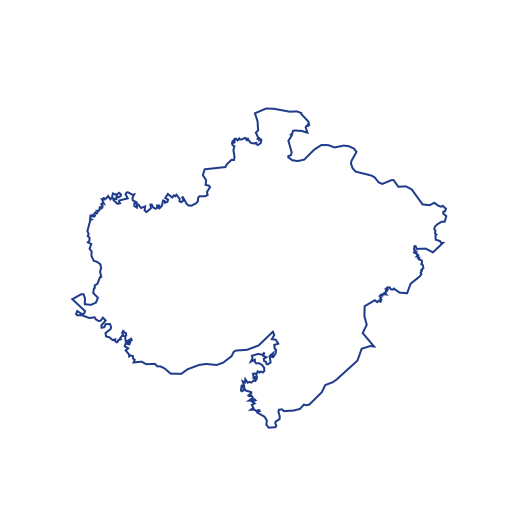 Si Songkhram, Nakhon Phanom, Thailand, rotated 317°
{"feature_id": "78962969B490988164886", "entity_name": "Si Songkhram", "entity_type": "district", "adm_level": 2, "iso_a3": "THA", "parent_name": "Thailand", "parent_adm1": "Nakhon Phanom", "projection": "albers", "projection_center": [104.23, 17.647], "detail": "fine", "context": "isolated", "style": "outline", "palette": "blue", "viewbox_px": 512, "rotation_deg": 317, "n_neighbors": 0, "source": "geoboundaries", "source_scale": "gbopen_adm2", "svg_char_len": 6127}
<svg xmlns="http://www.w3.org/2000/svg" viewBox="0 0 512 512"><g transform="rotate(317 256 256)"><path d="M93.9,250.4L100.2,255.2L102.0,260.3L108.5,266.0L108.6,269.4L110.7,271.4L112.4,275.6L113.4,283.9L121.0,291.2L128.8,292.2L140.1,296.9L145.9,300.9L152.8,308.8L159.1,311.6L169.9,312.6L174.2,310.9L176.6,311.3L185.5,318.5L196.9,323.2L216.7,322.9L215.5,326.2L210.9,327.6L213.4,330.9L212.5,335.3L208.7,333.5L206.6,336.3L206.7,338.3L203.8,340.7L199.5,341.7L198.7,340.5L202.0,338.7L197.7,338.5L194.1,343.8L190.8,343.3L190.0,342.1L191.1,340.4L190.3,338.4L191.7,336.4L194.5,337.1L193.2,333.8L196.4,332.3L193.3,332.6L190.8,329.1L185.0,326.2L183.7,328.5L180.1,329.7L184.4,331.1L183.0,332.7L182.9,334.6L185.2,336.7L186.1,340.0L185.7,343.5L183.5,345.8L181.6,345.9L180.7,343.7L179.1,343.7L178.6,341.5L175.3,343.0L175.1,341.2L173.5,340.0L171.6,343.1L174.3,344.8L173.4,345.8L171.2,344.3L171.8,346.6L170.2,346.9L169.6,345.5L166.2,345.3L165.2,343.5L163.5,343.0L164.2,338.8L161.6,340.9L160.8,338.5L158.7,343.1L157.4,342.8L157.8,341.4L157.1,341.0L153.3,344.1L153.3,345.2L155.1,345.8L157.5,343.8L156.8,347.5L159.6,352.2L159.2,353.0L155.2,352.9L155.5,354.1L157.5,355.0L156.9,357.6L152.3,357.0L155.5,359.6L157.2,359.8L157.2,361.2L153.8,359.7L154.5,362.9L151.4,362.0L150.4,365.4L147.4,364.9L150.1,367.4L150.4,369.3L153.3,370.8L153.0,371.9L151.1,370.7L150.1,371.3L152.6,379.3L151.8,383.6L148.5,386.5L148.2,390.2L153.4,394.4L155.2,393.9L156.0,391.3L157.6,390.5L161.9,391.4L164.1,389.3L166.4,384.9L168.0,384.1L170.4,385.9L170.6,388.5L178.0,394.6L183.8,397.8L189.8,397.3L190.6,399.1L193.5,401.0L211.2,400.5L218.7,397.6L225.8,400.6L230.7,401.3L258.8,401.7L270.0,395.9L278.2,399.8L280.6,402.7L281.5,385.1L290.1,381.8L294.2,374.0L301.2,366.8L312.8,369.4L313.1,372.4L315.1,372.4L315.9,374.4L317.9,373.5L317.5,372.0L319.3,371.7L319.1,369.7L321.0,369.6L321.6,371.1L322.6,370.3L325.0,372.9L324.9,370.6L326.7,371.1L327.9,369.2L328.3,370.6L329.6,370.4L329.7,368.6L330.6,368.5L332.3,370.0L332.0,372.5L333.3,374.0L334.6,373.8L336.0,380.7L341.1,386.3L350.2,381.7L361.7,382.6L364.5,382.1L364.9,380.6L367.2,380.0L367.1,379.0L370.2,379.0L371.8,376.3L371.4,374.5L372.9,374.2L374.2,372.2L372.8,369.4L374.2,368.6L373.2,367.6L374.7,366.5L373.5,365.8L375.2,365.4L374.8,363.5L375.8,362.7L374.5,362.6L373.9,361.2L376.2,360.5L375.9,359.1L378.5,356.9L379.4,357.5L378.5,360.5L385.1,366.3L387.9,374.0L401.7,373.9L400.4,372.6L400.7,370.5L398.6,366.6L401.4,363.3L402.5,363.3L402.4,361.5L404.5,359.8L404.8,357.8L406.6,356.6L410.4,356.5L415.0,357.5L417.4,359.6L422.4,356.6L421.8,353.0L423.1,351.4L424.8,352.2L427.2,351.0L426.7,346.6L425.1,346.3L423.6,343.6L422.7,338.7L417.7,337.3L413.0,331.9L415.3,313.6L413.2,307.4L407.3,302.4L408.4,294.4L407.0,293.0L397.5,289.4L395.9,285.9L396.4,279.5L395.4,276.1L386.4,262.2L386.5,257.8L388.4,253.3L390.6,251.6L400.5,248.4L400.9,244.3L398.7,238.9L395.5,235.1L387.5,230.2L384.5,224.2L379.4,219.4L371.2,217.9L357.0,218.4L351.4,215.1L347.8,210.7L346.9,205.8L347.7,205.0L350.3,206.1L352.8,204.5L358.3,193.8L364.3,192.3L364.2,191.0L365.9,191.3L368.3,189.7L369.8,190.5L374.7,195.7L377.7,200.9L380.1,195.7L381.8,195.3L382.8,196.4L383.7,195.4L384.4,196.2L386.0,193.4L385.9,183.2L386.6,182.3L384.4,178.0L379.0,173.4L369.7,160.8L364.1,155.1L352.5,150.9L349.1,158.4L343.3,165.5L340.0,165.7L338.4,170.6L337.2,171.4L338.6,172.1L337.4,173.5L338.9,173.7L339.1,174.8L336.4,176.7L333.2,176.2L332.5,174.5L333.4,173.5L330.8,171.9L329.2,169.2L329.7,166.7L328.8,165.6L330.0,164.7L329.1,163.7L328.4,164.2L328.5,162.1L324.9,160.9L323.7,159.9L323.9,158.6L321.4,158.9L321.4,156.8L320.0,156.7L320.1,155.8L318.4,156.1L318.1,158.1L317.1,158.1L316.7,156.4L315.5,157.0L314.5,158.8L315.0,161.0L311.7,163.2L307.7,169.1L305.3,170.8L303.7,169.0L297.3,169.0L294.3,170.1L277.6,157.6L272.3,160.6L271.2,166.5L267.6,169.7L269.6,172.5L269.3,174.3L263.8,175.7L262.2,178.4L259.7,177.7L255.3,173.7L253.3,174.1L250.7,176.4L247.8,176.5L243.2,175.2L241.2,173.3L240.8,170.7L242.6,163.1L242.0,162.9L241.0,166.1L237.9,165.5L237.4,163.8L239.1,162.2L239.6,156.9L237.7,157.2L237.3,155.6L234.6,156.1L233.9,150.5L229.2,151.7L230.1,154.8L228.3,156.0L225.8,155.0L226.7,153.3L225.9,152.0L221.5,155.1L217.8,155.3L217.5,154.0L219.5,153.0L218.1,151.6L216.9,153.3L215.0,153.2L213.9,150.7L214.8,147.2L213.9,146.4L211.7,149.4L205.9,149.2L205.6,146.7L208.7,144.1L204.7,142.5L205.0,138.0L204.0,137.4L201.9,139.4L201.1,136.4L202.9,134.6L204.3,135.9L205.3,135.5L203.9,131.2L205.2,129.3L208.9,127.9L207.5,127.2L205.8,122.1L204.6,121.3L202.7,121.9L201.5,126.4L194.0,122.2L193.1,122.5L192.5,124.7L190.3,123.4L189.9,117.8L190.8,116.4L192.7,119.2L195.3,116.7L195.4,119.3L197.8,119.9L199.1,119.1L199.0,116.5L195.5,115.9L194.0,112.7L190.2,115.2L188.1,115.2L188.8,111.3L185.5,111.8L184.2,110.0L183.6,111.1L182.0,109.3L180.4,114.0L179.9,112.7L178.2,112.6L177.9,114.8L176.2,114.6L176.4,115.8L175.1,115.7L174.9,114.0L172.3,115.8L170.7,114.6L170.7,115.5L168.6,116.3L168.3,114.6L166.4,114.9L165.8,116.7L164.5,116.8L164.2,114.4L162.9,115.1L162.4,113.7L159.9,115.8L160.6,117.2L159.2,116.8L149.7,122.8L148.6,125.8L146.5,126.7L146.7,129.2L144.6,131.2L142.4,131.3L143.7,134.9L139.2,137.2L138.9,140.5L135.6,143.9L134.1,148.8L135.8,151.9L136.5,156.0L134.6,159.1L131.3,161.1L128.6,165.7L127.5,165.1L121.0,168.2L117.9,167.5L116.4,169.4L115.1,169.3L111.7,172.1L111.9,178.7L107.2,180.9L102.0,179.2L97.9,174.5L101.9,170.5L103.8,166.3L101.9,164.7L92.2,162.3L93.4,179.7L91.3,180.8L89.1,179.9L87.7,174.3L84.8,175.8L84.9,177.5L88.2,180.6L91.9,187.8L96.2,190.8L95.6,192.9L96.6,196.3L98.3,197.4L102.0,196.7L102.1,200.6L95.6,201.3L94.2,203.2L96.4,204.6L99.7,203.3L102.8,206.2L101.5,209.3L99.7,210.3L93.4,209.7L91.5,212.5L93.4,215.7L93.8,219.7L96.1,220.9L94.9,221.6L95.1,224.0L96.5,224.4L97.3,223.5L100.3,224.7L100.3,223.6L103.3,223.0L104.8,224.2L105.4,221.2L108.5,219.8L107.1,221.3L108.3,223.7L106.9,225.6L105.4,225.6L102.8,229.1L103.9,230.4L108.2,231.3L107.8,232.7L104.4,231.4L104.2,232.4L105.6,232.3L105.5,233.2L103.0,234.3L101.9,232.5L103.1,232.2L102.8,230.8L101.5,230.7L98.4,232.6L99.6,236.4L96.3,236.1L96.0,241.4L94.8,242.9L96.4,243.1L97.7,245.2L96.2,247.1L96.5,249.2L93.9,250.4Z" fill="none" stroke="#1e3a8a" stroke-width="2"/></g></svg>